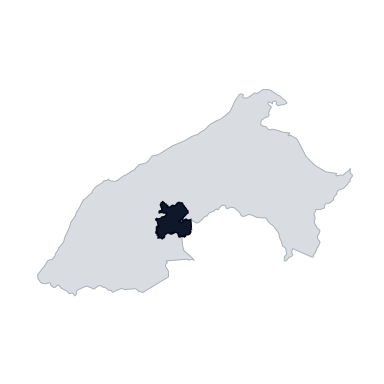 Atalaya, Ucayali, Peru (highlighted), rotated 85°
{"feature_id": "86281439B8185732836313", "entity_name": "Atalaya", "entity_type": "district", "adm_level": 2, "iso_a3": "PER", "parent_name": "Peru", "parent_adm1": "Ucayali", "projection": "natural_earth1", "projection_center": [-73.051, -10.43], "detail": "fine", "context": "in_parent", "style": "filled", "palette": "ink", "viewbox_px": 384, "rotation_deg": 85, "n_neighbors": 0, "source": "geoboundaries", "source_scale": "gbopen_adm2", "svg_char_len": 9184}
<svg xmlns="http://www.w3.org/2000/svg" viewBox="0 0 384 384"><g transform="rotate(85 192 192)"><path d="M268.8,104.6L268.8,105.7L267.5,106.3L266.4,105.5L264.7,105.7L262.2,103.1L256.2,103.5L253.5,106.6L249.6,107.2L245.2,108.7L240.3,109.3L232.6,114.2L230.8,116.3L227.3,119.2L224.5,120.2L223.1,129.2L220.3,134.4L219.2,137.3L220.7,141.7L220.7,143.8L219.1,145.5L217.8,145.7L215.2,147.6L211.3,151.5L210.5,154.6L211.8,158.6L211.4,159.1L208.1,159.9L208.2,162.1L207.6,163.0L210.3,166.2L211.8,167.0L211.9,167.8L211.7,168.6L211.0,169.0L211.0,169.7L213.0,172.1L214.4,176.9L217.3,179.2L217.3,180.8L218.2,182.3L219.7,183.5L223.1,188.3L223.2,190.5L219.6,195.7L225.6,195.6L232.2,197.4L233.1,198.2L233.9,200.5L234.0,202.0L235.3,203.3L235.1,206.1L243.8,206.1L249.4,205.4L258.5,196.8L260.0,196.1L259.2,198.0L259.1,199.3L259.6,200.8L258.5,202.9L258.4,223.8L260.0,222.7L262.2,224.7L263.7,224.8L268.7,222.4L274.5,222.8L287.9,250.1L286.7,252.0L286.8,253.4L285.1,254.6L283.4,256.8L283.3,267.6L281.9,270.9L282.7,272.6L283.4,276.1L284.6,278.2L284.9,279.5L284.8,280.0L282.9,281.2L282.8,283.2L279.4,287.0L278.8,289.7L277.5,290.5L277.3,293.5L280.3,298.3L278.4,301.2L276.5,305.5L279.6,314.4L280.8,315.7L282.1,315.6L284.1,316.4L285.2,317.8L282.7,319.5L282.3,320.2L282.5,323.1L279.8,325.4L276.2,331.0L275.2,331.3L273.4,333.0L273.0,333.8L273.3,334.7L274.9,336.3L275.0,338.4L272.4,340.9L270.6,341.2L269.9,341.9L270.6,345.3L270.6,346.9L270.1,348.8L268.8,350.8L264.9,352.9L261.4,353.2L255.4,348.0L253.6,345.9L247.7,341.5L246.7,336.9L244.7,334.7L241.1,333.0L238.2,330.6L236.1,329.5L230.7,324.3L225.8,322.6L216.7,317.2L211.8,315.4L205.5,310.3L202.1,308.9L199.4,306.5L191.1,301.4L189.8,299.8L188.5,297.3L186.7,295.8L184.6,292.4L181.5,290.4L178.6,287.7L174.9,280.5L173.2,278.9L173.1,275.6L171.9,274.1L173.6,273.0L174.7,268.0L174.1,265.4L169.9,258.6L169.1,255.8L166.0,250.5L164.9,247.4L162.4,245.1L161.4,243.1L160.0,242.3L159.9,239.9L159.0,235.3L157.6,233.0L152.7,228.7L152.2,224.0L151.1,220.8L144.3,207.6L140.3,194.9L136.9,187.9L135.6,183.8L135.4,181.7L132.9,177.9L131.6,174.5L126.1,167.9L122.8,160.6L122.4,158.4L120.2,154.4L116.6,149.1L114.9,147.0L104.2,140.6L99.2,136.6L98.6,134.6L98.8,133.4L99.9,132.3L101.4,133.2L102.4,132.8L103.1,131.4L103.1,129.2L102.1,126.4L98.7,120.9L99.6,118.5L96.1,112.2L96.9,106.1L97.7,104.5L102.8,98.3L104.3,95.7L106.5,94.0L108.7,91.5L111.4,89.6L112.2,90.3L113.0,93.6L112.9,95.8L113.7,98.3L111.8,100.5L109.8,100.0L108.9,100.6L108.6,101.6L109.0,103.3L109.5,104.0L111.0,104.1L109.0,107.3L109.1,108.0L110.6,108.6L112.0,107.7L113.4,105.9L114.3,105.6L119.5,108.8L121.9,108.4L123.8,109.9L124.0,112.2L126.6,116.7L130.5,117.8L131.1,117.5L132.0,115.8L132.8,115.5L133.0,113.0L136.4,110.3L136.9,108.5L136.4,107.2L136.5,106.1L138.4,100.2L139.0,99.6L139.6,97.7L140.4,96.5L141.5,89.8L142.4,89.8L143.3,91.4L144.4,91.0L143.8,89.5L144.0,89.0L147.7,83.6L148.9,82.5L166.8,75.1L175.8,67.6L183.7,57.0L186.1,46.3L187.1,47.1L188.5,46.8L188.0,42.5L188.4,40.4L188.3,39.8L185.9,37.2L184.9,34.4L182.7,32.8L182.8,32.2L185.1,32.8L187.2,32.5L188.9,30.8L190.2,30.9L193.2,33.4L195.4,33.6L196.1,35.3L198.2,36.6L201.2,40.3L202.6,44.3L202.5,45.0L203.8,47.1L206.7,48.1L209.6,51.1L212.7,52.0L214.0,54.7L214.8,55.5L215.2,57.1L214.8,58.9L215.2,59.8L217.4,61.4L219.3,61.5L219.8,62.2L220.8,66.7L220.1,68.9L220.4,70.1L222.9,71.2L223.6,72.2L225.6,72.4L228.4,71.4L231.9,72.8L234.6,72.3L235.9,71.9L237.1,70.9L238.2,71.0L241.0,68.2L241.7,67.9L244.7,69.2L247.1,71.1L250.2,70.7L251.4,69.5L253.6,68.9L257.6,71.2L258.5,72.4L259.6,72.6L263.9,74.9L264.6,75.9L266.9,76.8L267.4,77.6L267.2,78.4L257.2,96.6L260.3,98.1L263.2,97.1L264.7,98.3L265.8,101.3L268.1,103.3L268.8,104.6Z" fill="#d9dde1" stroke="#a8b0b8" stroke-width="1"/><path d="M235.2,206.0L235.2,205.8L235.5,205.7L235.6,205.4L235.4,205.2L235.5,205.0L235.2,204.8L235.4,204.4L235.6,204.4L235.6,204.1L235.8,203.8L235.6,203.8L235.6,203.1L235.4,203.0L235.6,202.5L235.1,202.1L234.6,202.1L234.2,201.6L233.9,201.6L234.0,201.3L234.0,201.0L234.2,200.0L234.0,199.8L234.1,199.3L233.8,199.3L233.5,199.0L233.6,197.9L233.3,197.8L233.1,198.0L232.8,197.6L232.7,197.6L232.8,197.5L232.7,197.3L232.3,197.0L232.0,197.1L231.7,196.8L231.4,197.0L231.2,196.8L231.0,197.0L230.3,196.9L230.0,197.1L229.7,196.6L229.4,196.7L229.2,196.6L229.2,196.4L229.1,196.5L228.6,196.3L228.4,196.2L228.2,196.2L228.0,196.4L227.8,196.1L227.6,196.2L227.4,196.1L227.1,196.0L227.0,195.7L219.7,195.7L219.9,195.9L219.7,196.2L219.8,196.6L219.6,196.9L219.9,197.7L219.7,198.0L219.7,198.4L219.5,198.6L219.5,199.3L219.3,199.5L219.5,199.9L219.4,200.1L219.2,200.0L218.6,200.1L218.7,200.4L218.6,200.5L219.1,201.3L219.0,201.6L219.1,202.3L219.3,202.4L219.3,202.8L219.5,203.0L219.3,203.2L219.3,203.3L219.6,203.4L219.7,203.7L220.3,203.6L221.2,203.9L221.3,204.1L221.0,204.3L221.1,204.6L221.3,205.0L221.7,205.5L221.5,205.8L221.3,205.8L221.2,206.2L220.5,206.7L220.4,207.0L220.0,207.7L219.8,207.4L219.8,206.9L219.9,206.3L219.4,206.0L219.4,205.5L218.7,205.2L218.5,204.9L218.1,204.1L217.1,203.6L217.1,202.9L216.8,202.9L215.8,202.4L215.6,201.6L214.9,201.0L214.6,200.9L214.1,200.0L213.5,199.7L213.1,198.9L212.7,198.5L212.7,198.0L212.3,197.7L211.5,197.9L211.2,197.8L210.4,197.7L209.5,198.9L208.2,199.2L207.8,199.6L206.9,200.0L206.6,200.5L206.6,200.8L206.0,201.0L205.6,200.8L205.4,200.8L205.1,201.2L204.8,201.9L204.3,202.0L203.8,202.0L203.3,202.3L203.1,202.6L202.8,202.5L202.8,203.0L202.6,203.2L202.5,203.7L202.0,203.3L201.9,203.8L202.2,204.2L201.9,204.6L201.7,204.8L201.4,205.2L201.2,205.8L201.4,206.2L201.3,206.5L201.5,206.9L201.9,207.3L201.9,207.8L202.1,208.0L202.6,207.9L202.8,208.0L203.0,208.9L203.9,209.1L204.1,209.3L204.2,209.5L204.1,209.9L204.2,210.1L204.2,210.9L204.1,211.2L203.8,211.4L203.8,211.6L204.0,211.7L203.6,212.4L204.0,212.8L203.9,213.3L204.0,213.8L204.2,214.0L204.4,214.0L204.9,214.6L204.9,214.9L205.6,216.6L205.5,217.0L205.6,217.7L205.5,217.8L205.5,217.6L205.1,217.2L204.7,217.3L204.5,217.1L204.2,217.2L204.2,217.5L203.8,217.6L203.7,218.0L203.3,217.8L203.3,218.1L202.8,218.6L202.8,218.8L202.5,218.9L202.3,219.3L202.2,219.4L201.8,219.2L201.8,219.5L202.0,219.9L201.8,220.3L201.1,220.3L200.6,220.8L200.3,220.7L200.2,220.9L200.3,221.1L200.3,221.7L200.0,221.9L199.3,221.7L199.0,221.9L199.0,222.1L199.9,222.8L200.1,223.6L200.8,223.7L201.6,224.4L202.0,224.6L202.5,224.6L202.8,224.3L203.4,224.2L203.8,224.0L204.6,224.0L204.7,223.4L205.3,223.6L205.5,223.6L205.6,223.4L206.1,223.4L206.7,223.6L207.1,223.4L207.5,223.5L208.0,224.9L207.9,225.3L208.0,225.8L208.3,226.3L208.9,226.2L209.3,226.6L209.7,226.6L209.9,226.5L209.7,226.2L209.7,225.4L209.7,223.3L209.8,222.9L210.3,222.3L210.2,222.1L210.5,221.7L210.3,221.5L210.4,221.1L210.3,220.7L210.4,220.1L210.8,220.0L211.0,219.7L210.9,219.2L211.2,219.0L211.5,219.0L211.7,219.3L212.6,220.0L213.5,220.9L214.3,221.2L214.2,222.5L214.1,222.8L214.3,223.2L214.4,223.9L214.6,224.0L214.5,224.5L214.8,224.7L215.5,224.8L215.6,225.2L215.6,225.4L215.7,225.7L215.6,225.9L215.9,227.8L215.7,228.6L215.8,228.9L215.4,229.3L215.5,229.4L215.4,229.8L215.5,229.9L215.7,229.7L216.0,230.1L216.5,230.5L216.9,230.2L217.0,229.8L217.4,229.5L217.6,229.1L218.9,229.1L219.2,228.9L219.5,228.9L219.8,228.8L220.0,228.7L220.2,228.8L220.8,228.8L221.5,228.5L221.8,228.6L222.4,228.3L222.5,227.7L223.1,227.4L223.3,227.5L223.1,227.6L223.2,228.3L223.4,228.3L223.6,228.5L223.7,228.8L223.4,229.0L223.8,229.1L223.6,229.3L223.6,229.1L223.4,229.2L223.5,229.4L223.3,229.4L223.3,229.5L223.5,229.5L223.9,229.4L223.9,229.5L223.8,229.8L224.0,229.7L224.3,230.0L224.4,229.7L224.5,229.9L224.6,230.1L224.9,229.9L225.0,230.1L225.3,230.2L225.1,230.5L225.4,230.5L225.4,230.3L225.5,230.2L225.6,230.3L225.8,230.4L225.8,230.1L225.8,230.4L226.3,230.2L226.7,229.8L226.9,229.8L227.0,230.0L227.0,229.8L227.1,230.0L227.1,230.3L227.3,230.3L227.4,230.6L227.8,230.4L227.8,230.6L228.0,230.7L228.1,230.9L228.3,230.8L228.3,231.0L228.5,231.0L228.4,231.1L228.7,231.2L228.7,231.4L228.8,231.0L228.9,231.3L229.1,231.2L229.1,231.4L229.5,231.3L229.6,231.5L229.6,231.3L229.8,231.3L229.8,231.1L229.8,231.4L229.9,231.2L230.1,231.2L230.2,230.9L230.3,230.8L230.3,230.6L230.4,230.8L230.6,230.7L230.8,230.4L230.8,230.5L231.0,230.4L231.1,230.2L231.3,230.1L231.5,229.9L231.8,229.9L231.8,229.7L231.9,229.8L231.9,229.7L232.0,229.8L232.1,229.5L232.4,229.5L232.6,229.3L232.8,229.2L233.0,229.2L233.0,229.4L233.2,229.0L233.6,229.2L233.6,229.6L233.9,229.6L234.0,229.4L234.1,229.7L234.8,229.8L234.6,228.9L234.9,228.3L234.8,227.9L234.9,227.7L234.9,227.1L235.0,226.9L234.7,226.7L234.9,226.4L235.0,226.5L235.1,226.4L235.3,226.1L235.8,226.0L236.0,225.8L236.0,225.5L235.6,225.2L235.2,225.4L235.1,224.7L234.9,224.5L235.2,224.2L235.1,223.8L234.9,223.7L234.6,223.9L234.2,223.3L233.9,223.1L233.1,223.3L232.9,223.1L232.6,223.1L232.4,223.0L231.9,222.5L231.8,222.2L231.5,222.0L231.4,221.6L231.4,221.2L231.3,220.9L230.7,220.4L230.5,220.0L230.6,219.5L230.8,219.2L230.8,218.6L230.9,217.9L231.1,217.3L231.7,217.5L232.0,216.5L231.9,216.1L232.1,215.7L231.7,215.1L230.9,215.0L231.4,214.6L231.5,214.3L231.5,213.8L231.0,213.4L230.9,213.0L230.7,212.7L230.8,212.1L230.6,211.9L230.7,211.3L231.2,210.5L231.5,210.1L232.3,209.8L232.4,209.6L232.8,209.2L234.2,209.3L234.4,208.9L235.5,208.9L235.7,208.5L235.7,207.8L235.7,207.6L235.4,207.4L235.0,206.4L235.0,206.1L235.2,206.0Z" fill="#0f172a" stroke="#020617" stroke-width="1.5"/></g></svg>